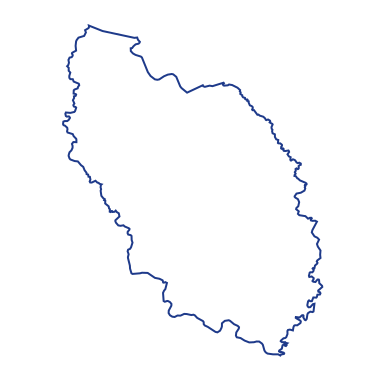 Macate, Manica, Mozambique (Mercator projection), rotated 10°
{"feature_id": "85939544B829507062217", "entity_name": "Macate", "entity_type": "district", "adm_level": 2, "iso_a3": "MOZ", "parent_name": "Mozambique", "parent_adm1": "Manica", "projection": "mercator", "projection_center": [33.549, -19.369], "detail": "fine", "context": "isolated", "style": "outline", "palette": "blue", "viewbox_px": 384, "rotation_deg": 10, "n_neighbors": 0, "source": "geoboundaries", "source_scale": "gbopen_adm2", "svg_char_len": 5974}
<svg xmlns="http://www.w3.org/2000/svg" viewBox="0 0 384 384"><g transform="rotate(10 192 192)"><path d="M312.1,324.4L310.6,324.3L309.9,323.7L306.8,324.3L305.3,323.6L305.3,323.0L307.5,320.2L309.0,319.7L310.0,318.7L310.7,315.3L310.1,312.3L310.5,311.2L312.3,310.5L315.4,310.8L315.4,307.4L315.8,305.9L316.5,305.4L318.8,305.0L321.5,302.3L321.7,300.8L321.1,299.9L316.5,298.2L316.0,297.9L316.0,297.1L319.7,296.9L321.9,294.2L323.0,294.1L323.4,294.7L323.3,296.0L325.2,298.3L326.2,298.5L327.0,297.1L326.9,292.3L327.4,291.0L329.3,289.3L331.6,289.3L332.4,288.6L332.0,280.8L330.6,281.4L328.5,284.8L327.0,285.3L325.9,284.7L325.2,283.4L325.3,279.5L326.1,278.4L327.3,279.0L329.0,278.7L329.8,274.8L332.8,274.4L333.2,273.6L333.3,271.4L335.8,270.7L336.1,269.5L335.6,268.6L333.7,268.2L333.4,267.1L336.8,262.9L336.4,261.8L333.2,259.7L332.4,256.6L332.0,256.2L330.8,256.4L329.2,259.2L327.0,259.3L326.1,258.7L326.9,256.6L326.8,255.7L324.5,254.4L322.3,255.3L321.7,254.3L321.9,251.0L322.4,250.5L324.4,250.2L325.2,249.1L325.4,247.5L324.1,246.5L324.4,245.9L325.8,245.7L325.9,243.1L327.7,240.8L327.9,240.0L326.9,238.7L327.3,237.6L330.0,234.7L329.1,231.6L328.7,227.3L325.4,223.9L324.1,221.5L325.4,216.8L323.4,215.3L320.3,214.4L317.0,211.0L317.2,208.6L320.2,199.5L318.3,198.9L315.6,199.5L314.0,199.3L313.7,198.6L314.5,197.1L314.1,196.7L312.7,196.9L310.9,198.1L307.9,196.1L301.7,196.2L300.1,195.1L300.5,192.5L297.5,190.8L297.6,189.6L299.1,187.6L299.3,183.4L297.6,180.7L294.8,179.6L293.9,178.9L293.8,178.4L295.2,175.4L299.3,173.8L302.5,171.1L302.9,168.8L302.2,167.7L302.6,166.9L301.9,165.9L302.0,165.4L303.0,165.2L303.5,164.6L303.3,163.8L302.2,163.2L296.2,161.8L294.2,160.4L293.4,160.3L291.6,158.5L290.1,158.4L290.1,157.3L290.9,156.0L289.8,154.6L290.5,153.1L290.0,151.4L290.8,150.6L292.3,151.1L292.7,150.8L293.0,150.0L292.5,147.9L293.3,146.9L294.4,146.3L294.2,145.1L292.5,144.5L291.2,145.2L289.9,144.8L288.1,142.9L286.6,142.4L285.7,142.3L284.2,143.8L283.7,143.8L283.2,143.1L283.1,140.6L281.2,140.1L279.5,138.3L280.7,135.7L280.4,135.0L279.8,134.4L276.6,135.5L275.2,135.5L274.4,134.5L274.8,134.2L274.6,133.5L273.9,133.2L272.8,133.9L272.2,133.6L272.0,132.0L272.6,130.8L272.3,129.8L270.5,128.8L268.6,129.1L268.1,128.8L267.9,125.8L265.8,125.5L264.1,123.4L263.6,120.8L261.2,120.2L260.3,118.2L260.4,116.7L259.5,115.9L259.0,114.3L259.7,111.5L259.3,111.0L256.4,110.0L256.8,108.8L256.4,108.2L254.3,107.4L252.7,108.3L252.1,108.1L251.3,106.9L249.2,105.5L245.4,105.0L244.0,104.2L243.0,104.6L238.8,100.6L237.4,100.9L236.9,100.4L237.3,98.7L236.9,97.7L235.8,97.0L233.9,96.6L232.1,93.8L232.1,92.9L230.6,92.6L230.8,91.7L230.4,91.3L229.4,91.6L228.3,91.3L227.8,90.1L225.9,89.9L225.0,89.1L224.7,88.0L222.5,87.0L222.6,85.4L221.6,84.6L221.7,83.3L218.7,81.4L213.0,79.7L211.1,79.7L209.8,79.7L208.8,80.7L205.1,81.7L204.3,81.5L203.7,80.6L204.6,79.4L204.1,78.9L193.8,84.2L190.9,84.2L186.4,86.2L184.7,85.9L184.1,85.0L169.9,95.0L163.7,91.5L162.1,90.1L156.5,81.3L153.1,79.4L151.6,79.3L147.8,80.6L144.3,82.9L140.2,86.8L138.4,87.5L135.9,87.5L131.1,85.0L127.7,81.6L119.3,68.2L118.1,67.5L112.6,66.8L109.8,65.8L107.3,63.9L106.7,61.1L108.1,60.6L109.0,58.7L110.8,56.4L113.6,55.2L114.4,54.1L114.6,53.2L112.3,51.4L111.2,49.4L108.5,50.2L76.0,49.0L61.5,46.0L62.0,47.3L61.6,48.6L58.6,51.2L59.8,53.3L58.7,57.0L53.4,59.7L52.0,62.5L51.7,63.8L52.0,68.3L53.3,72.9L49.8,75.7L49.7,76.5L50.8,77.9L50.8,78.6L50.1,80.1L48.1,80.9L47.4,83.4L48.4,86.1L48.1,88.5L47.2,89.8L49.0,91.1L49.5,94.0L51.4,95.5L51.0,99.1L51.4,100.9L52.6,102.0L55.0,101.6L56.3,103.8L61.7,105.0L62.4,106.4L61.5,108.3L61.4,109.8L58.5,111.5L57.9,112.4L58.3,115.6L60.6,115.8L61.0,116.2L60.7,117.5L59.1,118.3L59.6,119.8L58.8,122.3L60.8,125.3L60.1,126.8L60.2,127.5L61.0,128.4L62.6,128.5L63.3,129.1L62.8,132.6L62.2,133.6L58.5,135.2L54.0,135.6L53.7,137.0L54.6,139.1L55.6,139.5L57.6,138.9L58.8,139.8L58.9,140.4L58.0,142.5L56.8,143.8L54.2,144.3L53.1,145.0L53.2,147.5L53.9,148.5L55.3,148.7L57.9,150.3L58.5,151.9L58.4,153.9L59.1,155.0L64.5,155.7L65.8,157.6L68.7,159.7L69.1,160.7L69.5,163.0L66.5,163.4L65.4,165.5L66.4,167.3L66.7,169.3L66.0,172.0L64.5,174.1L64.2,176.3L64.2,177.8L65.6,180.3L66.7,181.1L71.0,181.9L74.3,181.7L78.1,184.9L80.5,186.1L82.5,189.3L84.7,191.3L85.1,192.7L86.7,192.9L87.4,194.9L88.8,194.8L89.8,197.4L89.4,199.4L90.1,200.3L91.6,200.1L95.0,197.7L97.2,199.2L98.4,199.2L99.5,200.0L101.6,200.2L101.0,201.0L101.2,203.4L102.0,205.0L101.8,206.6L103.4,211.5L105.8,213.6L107.3,214.2L106.9,215.3L108.1,215.6L108.5,218.4L112.4,220.6L113.2,222.6L114.1,223.2L114.4,225.7L115.2,225.9L116.2,224.7L116.7,224.7L117.1,225.5L119.2,224.9L120.1,223.6L121.4,224.8L123.6,225.7L124.8,228.7L121.5,233.1L121.5,233.9L122.4,235.4L125.2,237.7L127.5,237.7L130.3,236.7L131.6,237.6L136.2,238.7L136.9,239.2L136.9,240.0L135.6,242.3L135.7,243.7L136.6,245.0L139.1,245.1L140.1,245.8L140.9,249.7L142.2,252.2L141.6,256.9L140.9,258.7L139.1,259.9L138.9,261.6L140.4,264.3L140.2,267.3L140.5,268.3L143.6,275.3L144.3,278.2L146.5,282.6L147.7,283.0L154.9,281.1L156.8,280.2L162.4,279.4L170.4,283.0L175.0,283.1L177.8,283.9L178.5,284.2L179.3,286.1L180.0,286.2L181.4,285.4L183.1,285.9L182.6,292.3L181.6,294.0L181.0,296.4L183.0,304.3L184.3,304.8L186.5,303.6L187.5,303.6L189.5,304.3L191.2,305.8L191.4,307.6L189.7,312.8L190.0,315.3L191.7,317.2L194.2,318.2L196.6,318.1L199.1,316.2L202.2,315.7L205.5,313.4L208.1,313.1L212.7,313.3L214.7,312.6L216.1,312.9L219.0,315.1L225.2,317.2L226.1,318.1L226.5,320.1L227.7,321.2L231.0,322.1L239.4,325.7L241.4,325.8L243.7,323.7L244.6,320.8L244.8,319.2L244.3,316.1L246.7,313.2L250.5,311.9L251.9,312.3L256.4,314.9L260.3,315.9L261.8,317.0L261.8,318.4L260.0,322.6L260.2,325.8L261.3,327.3L265.2,327.4L269.6,329.2L274.5,330.2L279.0,329.2L281.6,328.0L284.1,327.6L287.2,329.1L288.3,330.2L290.9,335.6L292.4,337.1L294.4,338.0L299.9,337.8L305.1,336.9L307.4,337.7L308.0,336.5L310.6,335.6L310.8,334.8L310.1,334.3L307.7,334.0L306.7,334.4L305.4,333.9L305.4,333.0L307.7,330.7L307.8,327.3L309.4,325.6L310.1,327.2L311.2,327.4L311.8,326.4L311.4,325.2L312.1,324.4Z" fill="none" stroke="#1e3a8a" stroke-width="2"/></g></svg>